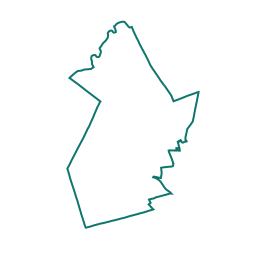 outline of Branistea, Dâmbovita, Romania, rotated 278°
{"feature_id": "2599482B85968573592334", "entity_name": "Branistea", "entity_type": "district", "adm_level": 2, "iso_a3": "ROU", "parent_name": "Romania", "parent_adm1": "Dâmbovita", "projection": "albers", "projection_center": [25.57, 44.682], "detail": "fine", "context": "isolated", "style": "outline", "palette": "teal", "viewbox_px": 256, "rotation_deg": 278, "n_neighbors": 0, "source": "geoboundaries", "source_scale": "gbopen_adm2", "svg_char_len": 5586}
<svg xmlns="http://www.w3.org/2000/svg" viewBox="0 0 256 256"><g transform="rotate(278 128 128)"><path d="M173.5,192.9L173.4,192.6L171.8,189.5L170.7,187.4L169.3,184.7L168.0,182.1L167.7,181.6L166.9,180.3L165.4,177.7L164.0,175.2L162.3,172.2L162.0,171.5L160.8,169.4L162.2,168.6L163.6,167.8L163.8,167.6L164.1,167.4L164.6,167.2L165.7,166.6L166.4,166.1L166.9,165.7L167.0,165.6L168.6,164.2L170.8,162.1L174.5,158.8L176.1,157.0L176.8,156.4L177.0,156.2L179.4,153.8L180.3,153.0L181.4,152.1L183.6,150.1L184.2,149.7L184.5,149.3L186.4,147.5L186.6,147.4L188.3,145.8L189.8,144.4L191.3,143.1L193.0,141.7L193.7,141.1L194.3,140.7L196.5,139.4L199.2,137.6L201.4,136.0L202.2,135.6L204.4,133.8L205.7,133.0L206.4,132.4L207.3,131.8L207.3,131.7L210.6,129.4L212.0,128.3L214.1,127.0L215.8,125.9L219.4,123.4L222.4,121.4L224.9,119.8L225.7,119.4L228.1,117.9L228.6,117.7L228.4,117.3L227.9,116.4L227.8,115.4L228.4,114.4L230.4,112.3L231.3,111.2L232.2,110.3L232.5,109.9L232.6,109.3L232.6,108.7L232.4,107.5L231.7,105.6L231.0,104.3L230.0,102.8L229.0,101.9L227.4,100.9L227.0,100.2L226.2,100.2L224.7,101.3L222.5,102.4L221.3,102.6L220.8,101.7L220.4,100.6L220.7,100.0L221.7,99.2L222.2,98.4L222.0,97.2L221.3,96.0L220.0,95.1L219.2,94.8L218.5,94.9L217.3,95.4L215.9,95.4L214.6,95.3L213.8,95.0L212.6,94.4L211.6,93.9L210.5,93.1L209.4,92.2L208.3,91.4L206.8,90.6L205.9,90.4L205.2,90.0L204.3,89.4L203.2,88.8L202.7,88.8L201.8,89.5L200.8,90.1L199.9,90.5L198.5,90.5L196.7,90.1L195.3,89.9L194.4,89.3L194.0,88.4L194.0,87.5L194.4,86.8L195.6,85.5L195.6,84.4L195.2,83.4L194.8,82.7L194.3,82.1L193.4,81.9L192.5,81.8L191.1,82.0L190.4,82.3L189.8,82.6L189.6,82.8L189.3,83.0L189.0,83.1L188.7,83.0L188.4,83.0L188.1,83.1L187.7,83.3L187.1,83.4L186.4,83.5L186.0,83.6L183.5,85.5L182.4,84.3L181.3,83.1L180.9,81.5L180.4,79.3L180.0,77.3L179.4,75.6L178.4,74.1L178.0,72.4L177.6,70.8L176.6,69.3L175.4,68.2L173.3,66.3L171.3,64.6L169.4,63.1L166.7,68.1L164.4,72.4L162.5,75.7L160.8,78.7L159.7,80.5L151.2,95.7L150.4,97.0L150.1,96.9L149.5,96.6L148.9,96.3L147.5,95.9L145.4,95.2L144.4,94.8L143.7,94.6L141.3,94.0L139.2,93.4L138.4,93.2L137.6,92.9L136.7,92.7L134.6,92.2L134.3,92.2L130.4,91.0L128.8,90.5L125.4,89.6L123.7,89.1L122.1,88.5L122.0,88.2L120.0,87.7L119.9,87.7L112.1,85.2L103.3,82.0L103.1,81.9L94.6,78.9L88.1,76.6L84.8,75.6L79.2,73.6L78.6,74.0L73.9,76.1L69.0,78.2L58.1,83.6L52.5,86.2L50.8,87.0L50.3,87.4L47.8,88.5L45.5,89.5L43.3,90.5L42.8,90.7L38.3,92.8L37.1,93.3L35.2,94.2L32.4,95.6L31.7,95.9L27.7,97.8L26.5,98.3L23.6,99.9L23.4,100.1L23.6,100.7L23.8,101.2L24.1,101.8L24.8,103.6L25.8,105.7L27.0,108.2L27.6,109.7L28.5,111.7L28.6,112.0L29.0,113.0L29.2,113.3L29.3,113.6L29.4,113.9L29.5,114.1L29.8,114.8L29.9,115.1L29.9,115.4L29.9,115.5L30.0,115.7L30.0,115.8L30.5,116.9L30.5,117.1L31.5,119.4L31.7,119.9L32.1,120.8L32.1,121.0L32.6,122.1L32.7,122.4L32.8,122.6L32.9,122.9L33.1,123.2L33.2,123.7L33.4,124.0L33.8,124.9L33.9,125.3L34.3,126.2L34.8,127.7L35.2,128.5L35.5,129.1L35.6,129.4L35.7,129.6L36.0,130.5L36.1,131.0L36.3,131.5L36.7,132.1L36.9,132.5L37.0,132.8L37.1,133.1L37.5,134.0L37.6,134.3L37.9,135.2L38.3,136.3L38.4,136.5L39.3,138.4L39.9,139.7L40.3,140.5L41.1,142.2L41.9,144.2L42.0,144.6L42.5,145.6L42.6,145.9L42.7,146.2L42.8,146.4L42.9,146.5L43.1,147.1L43.2,147.3L43.3,147.5L43.4,147.9L43.5,148.0L43.6,148.3L44.2,149.7L44.8,151.0L45.5,152.6L46.2,154.3L46.3,154.5L46.6,155.4L47.1,156.2L47.4,157.1L47.8,157.8L47.9,158.0L48.2,158.6L48.6,159.4L49.5,161.4L50.6,163.8L50.9,164.4L51.6,163.5L51.7,163.3L52.5,162.4L52.9,161.9L53.3,161.4L53.7,161.0L54.0,160.7L55.2,159.2L55.3,159.3L55.5,159.4L55.4,159.6L55.9,159.7L56.9,160.8L57.1,160.8L58.6,159.8L59.7,158.9L60.0,158.7L60.7,159.9L61.0,160.9L61.5,162.3L61.6,162.8L62.1,163.7L62.8,164.8L63.1,165.0L63.6,166.1L63.9,167.0L64.3,167.9L64.6,168.7L64.9,169.4L65.2,170.0L65.4,170.5L65.6,171.0L65.8,171.5L66.1,172.3L66.3,172.6L66.4,172.9L66.7,173.4L66.9,173.9L66.9,174.4L67.0,174.7L67.4,175.2L67.6,175.6L67.9,176.2L68.0,176.6L68.2,177.0L68.3,177.2L68.4,177.5L68.6,178.0L68.9,178.7L69.0,179.1L69.1,179.5L69.1,180.0L70.1,178.8L71.1,177.1L71.9,175.2L73.2,173.4L75.0,171.6L75.6,171.2L76.1,170.7L76.7,170.2L77.2,169.7L77.8,169.3L78.0,169.0L78.4,168.7L78.8,168.3L79.1,168.0L79.5,167.6L79.9,167.1L80.3,166.5L80.7,166.0L80.8,165.7L81.1,165.2L81.4,164.5L81.7,163.9L82.0,163.2L82.2,162.4L82.4,161.7L82.6,161.0L82.7,159.8L83.0,159.9L83.4,160.1L83.4,162.2L83.2,164.2L83.1,165.4L83.0,167.5L86.5,167.6L88.2,167.6L93.2,166.3L93.8,167.9L94.6,170.9L95.5,174.7L95.7,175.8L96.3,177.6L97.5,177.9L98.1,177.9L98.8,177.6L99.1,177.9L104.3,175.2L104.5,175.1L105.6,174.4L106.4,174.0L107.7,173.2L108.7,172.6L109.3,172.3L109.7,172.1L109.8,172.0L110.2,171.8L110.5,171.7L111.0,171.5L111.3,171.4L111.4,171.7L111.6,172.2L111.7,172.5L111.7,173.1L111.8,173.5L111.8,174.1L111.9,174.8L112.0,175.4L112.1,176.1L112.2,176.8L112.2,177.2L112.3,177.2L112.4,177.4L112.2,177.5L112.3,178.1L112.3,178.6L112.3,178.8L112.4,179.1L112.4,179.5L112.6,179.6L114.8,178.7L115.0,179.6L115.0,180.2L115.2,180.5L112.6,181.5L112.7,182.2L112.7,182.4L113.1,182.4L114.3,182.1L115.5,181.6L117.2,180.9L119.7,179.9L120.5,179.5L121.3,179.2L121.9,181.0L122.1,180.8L122.3,180.7L122.5,180.6L122.6,180.8L122.9,181.1L123.1,181.3L123.3,181.6L123.2,181.8L123.1,182.0L122.9,182.4L122.5,182.6L122.1,182.7L121.9,182.8L121.6,183.1L121.2,183.6L121.2,184.5L121.5,185.1L122.0,185.5L122.3,185.8L122.4,186.4L122.4,186.9L122.6,187.4L122.9,188.0L123.0,188.0L124.5,186.5L126.8,186.2L132.7,186.7L135.4,186.9L139.1,189.0L141.8,190.4L143.4,191.2L144.4,191.3L148.9,191.6L152.1,191.7L156.2,191.9L159.3,192.1L163.2,192.4L167.0,192.6L171.4,192.8L173.4,192.9L173.5,192.9Z" fill="none" stroke="#0f766e" stroke-width="2"/></g></svg>